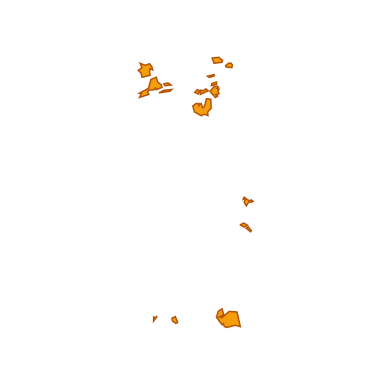 outline of Kepulauan Riau, rotated 121°
{"feature_id": "IDN-1796", "entity_name": "Kepulauan Riau", "entity_type": "Province", "adm_level": 1, "iso_a3": "IDN", "parent_name": "Indonesia", "parent_adm1": "", "projection": "albers", "projection_center": [105.285, 2.055], "detail": "medium", "context": "isolated", "style": "filled", "palette": "amber", "viewbox_px": 384, "rotation_deg": 121, "n_neighbors": 0, "source": "natural_earth", "source_scale": "10m", "svg_char_len": 1940}
<svg xmlns="http://www.w3.org/2000/svg" viewBox="0 0 384 384"><g transform="rotate(121 192 192)"><path d="M290.3,97.8L286.8,106.5L280.7,108.1L276.7,106.0L280.9,101.6L285.1,104.3L284.3,101.6L275.3,98.7L271.7,91.7L282.5,81.2L284.0,86.3L290.3,92.6L290.6,95.1L288.7,97.2L290.3,97.8ZM121.9,223.5L122.1,231.1L117.9,235.6L114.2,234.2L112.6,231.4L114.3,230.7L111.4,229.8L114.3,226.3L112.2,225.3L104.6,227.7L102.8,223.6L110.4,218.7L115.3,219.8L118.3,217.7L118.9,221.3L121.9,223.5ZM130.6,279.3L138.0,285.7L133.7,286.0L134.5,288.0L125.5,282.7L116.8,285.2L112.0,281.7L115.4,278.1L116.0,273.4L117.8,271.6L122.8,275.4L121.8,277.0L124.2,277.4L126.9,281.5L129.1,281.7L130.6,279.3ZM113.5,288.0L119.4,293.9L116.4,296.8L115.4,300.7L111.3,298.9L108.4,302.8L107.5,297.5L103.9,294.4L105.1,291.1L107.6,288.6L107.9,292.3L108.2,290.5L109.6,291.1L113.5,288.0ZM99.0,220.6L96.5,228.3L90.4,227.4L88.2,224.6L88.5,223.3L90.4,224.0L89.9,221.7L92.2,221.8L93.8,219.4L96.2,221.8L96.5,219.4L99.0,220.6ZM65.4,233.2L70.3,239.4L66.8,243.7L62.8,238.5L63.4,233.6L65.4,233.2ZM170.7,138.1L175.9,138.3L174.0,141.9L170.3,142.9L171.9,144.3L169.6,144.6L170.1,138.6L168.2,137.0L168.5,134.8L170.7,136.1L170.7,138.1ZM96.8,230.2L104.0,235.1L100.3,237.0L99.0,234.2L96.5,233.3L96.8,230.2ZM67.3,227.2L66.4,228.3L62.7,226.9L61.5,225.0L62.3,222.8L64.9,221.9L67.3,227.2ZM117.1,262.9L124.1,271.5L119.2,268.4L114.5,262.1L117.1,262.9ZM307.4,142.1L311.1,137.2L313.0,138.1L312.6,142.4L310.5,144.2L307.4,142.1ZM195.3,129.4L195.3,133.6L195.1,133.6L192.0,131.7L191.9,127.4L195.3,129.4ZM80.8,232.6L84.8,236.1L84.8,238.4L80.0,233.6L80.8,232.6ZM87.0,226.4L90.9,230.2L88.8,230.8L85.1,227.7L87.0,226.4ZM105.2,241.0L101.6,240.2L101.2,237.8L104.7,237.0L105.2,241.0ZM114.8,269.8L113.8,271.9L110.9,268.9L111.0,265.1L114.8,269.8ZM322.5,158.4L318.8,160.5L318.7,158.6L316.2,157.9L322.5,158.4ZM194.7,121.2L195.9,121.3L195.1,127.1L192.9,125.9L194.7,121.2Z" fill="#f59e0b" stroke="#b45309" stroke-width="1.5"/></g></svg>